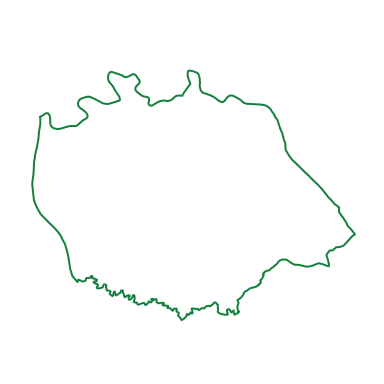 the district of Thapangthong, Savannakhét, Laos, rotated 355°
{"feature_id": "54806243B5714719739337", "entity_name": "Thapangthong", "entity_type": "district", "adm_level": 2, "iso_a3": "LAO", "parent_name": "Laos", "parent_adm1": "Savannakhét", "projection": "robinson", "projection_center": [105.786, 16.099], "detail": "fine", "context": "isolated", "style": "outline", "palette": "green", "viewbox_px": 384, "rotation_deg": 355, "n_neighbors": 0, "source": "geoboundaries", "source_scale": "gbopen_adm2", "svg_char_len": 5952}
<svg xmlns="http://www.w3.org/2000/svg" viewBox="0 0 384 384"><g transform="rotate(355 192 192)"><path d="M170.8,318.6L172.8,317.6L174.1,316.6L175.4,315.3L176.0,313.6L176.3,313.2L176.7,313.2L177.4,314.0L177.8,314.1L179.5,312.7L179.9,312.0L180.3,312.1L181.3,313.1L181.9,312.9L182.1,311.7L181.5,308.4L181.7,308.1L182.1,308.0L185.5,308.8L187.5,308.9L188.4,310.1L188.9,310.2L191.9,308.5L194.0,309.0L196.3,307.0L196.7,306.9L197.8,307.2L199.1,306.9L200.1,307.4L203.1,305.6L204.0,304.5L205.3,303.9L205.8,304.1L206.2,304.5L207.9,306.9L207.6,309.9L207.8,310.7L207.3,313.6L207.7,314.4L208.2,314.9L210.8,316.3L212.2,316.5L213.8,317.1L216.7,317.3L217.0,317.0L217.1,316.4L216.6,314.7L216.5,312.8L216.9,312.3L218.2,311.9L218.7,312.0L219.3,312.6L220.6,315.3L221.0,315.2L222.6,313.9L223.1,313.8L223.2,316.8L223.6,317.6L224.2,317.9L226.0,316.8L227.1,316.7L227.1,316.1L228.5,315.4L228.5,315.1L227.5,314.3L227.4,313.9L227.2,311.5L227.4,309.6L228.6,306.8L228.6,306.0L227.9,304.2L227.9,303.7L228.2,303.4L229.8,302.6L231.8,301.3L234.4,298.5L235.5,296.2L236.5,295.6L237.8,295.3L240.9,293.3L242.9,292.6L244.9,292.6L246.2,292.0L247.5,292.0L248.9,291.1L250.5,290.5L250.7,289.6L251.8,289.3L252.5,288.5L252.8,287.0L252.3,286.4L252.3,286.1L254.2,284.4L256.2,281.1L256.2,280.9L255.6,281.0L255.8,279.4L256.5,279.1L257.2,278.1L258.4,277.5L259.7,277.0L262.1,276.8L264.4,274.8L266.5,273.9L267.4,272.9L270.1,271.2L272.8,268.2L276.6,267.1L280.2,267.6L285.5,272.0L288.2,273.5L291.0,273.7L293.7,274.4L299.0,276.3L301.0,276.4L303.9,276.2L306.4,275.7L308.9,274.8L312.1,274.0L316.4,275.5L320.6,277.6L321.7,277.8L322.1,277.2L322.1,275.6L321.3,270.5L320.5,267.1L320.7,266.2L321.3,265.1L322.4,264.2L323.3,262.9L324.4,262.3L327.5,262.3L328.6,261.1L329.4,260.8L330.6,259.8L331.1,259.6L334.3,259.7L337.5,258.9L339.0,258.1L348.3,249.5L349.3,249.3L350.5,248.2L347.4,243.3L344.5,239.7L343.6,238.2L343.4,236.8L342.6,235.0L340.1,230.5L338.8,228.5L336.8,224.9L336.8,223.4L337.2,220.4L336.0,219.0L333.0,216.4L330.3,212.6L327.5,209.3L321.8,200.5L318.2,195.9L313.0,190.0L309.9,186.1L306.6,182.6L298.1,172.5L295.2,169.5L291.8,164.2L289.0,158.3L289.0,154.1L289.2,151.1L288.1,148.1L287.1,141.6L285.3,136.3L283.4,127.7L281.4,124.5L280.6,121.8L278.9,119.2L277.1,115.8L275.4,114.0L273.8,112.8L272.3,112.0L269.1,111.0L254.2,108.9L252.1,108.0L250.5,107.0L248.8,104.8L244.3,101.5L241.5,99.8L239.5,99.2L237.7,99.4L235.8,100.3L232.2,104.3L230.1,105.0L228.1,104.5L226.7,103.6L223.9,100.8L220.8,98.4L219.9,98.2L218.5,96.9L217.1,96.6L214.7,95.3L211.6,94.2L210.3,92.7L209.5,91.3L208.9,86.9L209.0,85.8L209.6,83.9L209.4,82.6L209.6,81.0L209.4,78.6L208.6,74.8L207.4,73.7L206.3,73.1L203.9,71.9L200.7,70.9L199.2,70.9L198.7,71.3L198.4,71.8L197.9,74.2L198.0,77.3L199.4,82.9L199.6,83.7L199.4,84.8L197.6,86.5L195.2,89.5L193.1,91.7L190.7,95.2L187.4,94.7L184.8,94.9L183.3,95.6L180.6,97.8L178.3,98.9L176.7,99.2L175.2,99.2L172.4,98.4L168.0,98.7L164.6,100.0L160.8,102.0L158.9,102.5L158.1,102.3L156.6,101.1L156.5,100.3L156.4,99.5L156.8,97.8L157.4,97.0L157.3,95.3L156.7,94.2L155.7,93.5L152.2,92.6L150.4,91.6L145.9,87.5L144.8,85.9L144.5,84.3L145.2,82.5L146.0,81.5L148.9,79.2L149.2,78.7L149.6,77.4L149.1,75.8L147.8,73.9L147.3,72.6L146.2,70.9L145.0,69.8L143.4,69.5L137.8,71.6L135.5,71.9L133.4,70.4L130.2,68.6L122.6,65.4L120.9,65.5L119.7,66.6L118.8,68.1L118.3,70.4L118.4,73.3L119.5,75.8L122.2,79.4L124.6,84.8L128.0,90.9L128.3,93.6L128.0,94.3L127.3,94.7L116.6,97.0L115.4,96.9L112.2,96.3L110.5,95.6L102.8,90.6L99.2,88.6L97.7,88.0L96.0,88.0L91.3,88.8L88.8,89.8L88.2,90.2L86.9,91.8L86.3,93.2L86.1,95.5L86.8,97.1L88.0,98.6L89.0,99.6L90.1,100.2L93.0,103.3L94.2,105.0L94.7,106.5L94.4,108.0L93.6,109.3L89.4,111.2L83.0,116.0L81.6,116.2L77.5,115.7L75.6,115.7L72.6,116.2L67.5,117.3L64.2,117.7L60.5,116.7L58.4,115.4L57.3,113.8L57.0,112.9L56.8,110.4L57.1,106.2L57.0,104.2L56.4,102.3L55.8,101.5L55.1,101.0L54.0,100.8L53.0,101.0L48.5,103.4L47.1,103.8L47.3,105.1L46.9,110.7L46.0,114.4L44.9,118.2L43.8,124.9L43.2,127.3L41.1,135.0L39.1,140.7L38.3,144.8L37.3,148.1L36.1,157.4L35.3,161.9L33.8,168.3L33.5,170.7L33.8,186.4L35.5,192.1L37.4,196.8L39.4,201.0L46.7,209.9L51.8,215.7L54.2,219.0L56.4,222.3L57.4,224.2L59.0,228.4L60.9,232.8L62.6,241.1L63.3,247.9L64.0,258.4L65.5,265.2L69.9,271.5L70.8,270.9L71.1,269.5L72.7,270.0L74.6,271.4L75.4,271.6L77.9,271.3L78.3,270.8L78.7,269.3L79.5,268.5L82.4,268.8L84.1,267.1L85.1,266.9L85.5,267.6L85.0,268.5L85.0,269.1L87.7,270.0L89.6,271.2L89.2,272.4L88.9,272.6L88.4,272.7L86.9,272.6L86.4,272.9L86.1,273.3L86.4,273.9L88.1,275.0L89.2,275.2L90.1,276.2L90.2,276.9L88.8,278.5L88.8,279.1L89.2,279.6L89.9,279.8L91.3,279.9L94.3,279.4L94.9,278.9L95.5,277.4L96.2,276.5L97.0,276.4L97.7,276.7L98.4,277.4L98.6,277.8L97.9,279.5L98.4,280.9L98.4,282.4L98.8,282.8L101.1,283.1L101.7,283.4L102.2,284.4L101.2,285.9L101.2,286.5L103.2,288.4L103.7,288.7L104.4,288.2L104.9,286.1L105.7,284.5L106.2,284.5L106.6,284.9L106.9,287.9L107.5,288.4L109.7,287.3L111.0,286.3L111.8,286.1L112.8,284.1L114.1,283.9L114.5,284.2L114.5,284.7L114.3,286.2L115.3,288.4L115.4,290.1L115.8,290.8L116.4,290.8L117.4,290.1L119.2,289.4L120.1,289.4L121.0,290.1L120.9,290.6L120.0,291.0L119.6,291.8L119.6,293.1L120.0,293.9L120.9,293.8L122.3,293.1L123.5,291.5L124.3,289.7L124.8,289.7L125.5,290.0L125.7,290.8L125.5,293.8L124.4,296.4L125.1,297.0L127.2,297.2L128.0,299.2L128.4,299.5L130.0,299.3L132.2,298.6L134.4,298.3L135.2,298.9L135.6,300.4L136.5,300.4L137.3,300.0L139.6,297.3L140.7,298.4L141.2,298.4L141.6,298.3L143.4,296.7L143.3,296.2L142.1,295.5L142.5,294.9L143.3,295.0L144.7,296.1L146.2,295.5L146.8,295.6L147.2,296.0L147.3,296.4L147.1,298.6L148.3,299.7L148.8,299.9L152.0,299.7L154.2,300.1L154.3,300.4L154.2,300.9L153.0,301.7L153.0,302.3L158.1,303.3L158.3,303.7L157.4,304.9L157.5,305.3L157.7,305.5L159.2,305.6L160.5,306.3L162.1,308.5L163.1,308.2L163.4,307.1L163.8,306.8L166.0,306.7L166.4,306.9L166.6,307.8L166.2,309.2L166.4,309.9L167.9,310.8L168.3,311.3L168.1,312.2L167.4,313.5L167.4,314.1L169.6,316.7L170.3,318.5L170.8,318.6Z" fill="none" stroke="#15803d" stroke-width="2"/></g></svg>